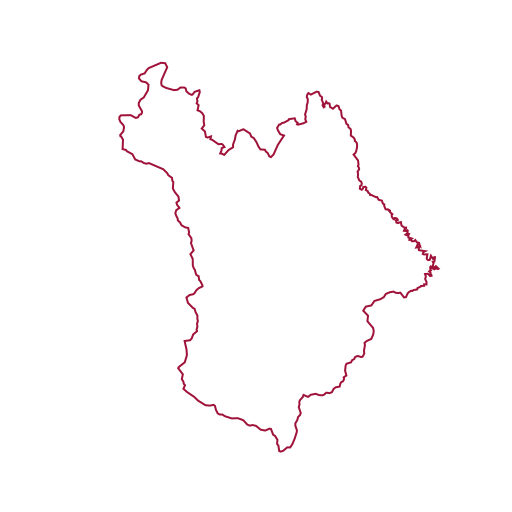 Tosing, Quthing, Lesotho (Albers equal-area conic projection), rotated 20°
{"feature_id": "5366337B57402845150405", "entity_name": "Tosing", "entity_type": "district", "adm_level": 2, "iso_a3": "LSO", "parent_name": "Lesotho", "parent_adm1": "Quthing", "projection": "albers", "projection_center": [28.037, -30.451], "detail": "fine", "context": "isolated", "style": "outline", "palette": "rose", "viewbox_px": 512, "rotation_deg": 20, "n_neighbors": 0, "source": "geoboundaries", "source_scale": "gbopen_adm2", "svg_char_len": 6086}
<svg xmlns="http://www.w3.org/2000/svg" viewBox="0 0 512 512"><g transform="rotate(20 256 256)"><path d="M233.2,405.6L237.7,407.4L246.0,409.5L251.0,411.7L259.5,413.5L264.0,412.3L267.0,410.4L268.6,410.8L271.1,414.4L273.9,417.0L275.8,417.4L278.7,416.5L281.6,417.2L288.9,416.9L294.1,414.7L296.9,414.6L300.3,414.7L305.5,417.4L308.2,417.5L310.7,416.0L314.1,415.6L319.7,417.6L324.3,416.9L327.8,413.6L329.2,413.4L333.3,418.1L335.5,418.6L339.0,421.4L340.1,425.4L341.9,426.5L344.5,431.3L345.8,431.5L348.1,429.8L350.8,425.2L353.6,424.2L354.5,420.4L354.8,414.2L354.5,407.4L354.0,405.7L351.0,402.0L350.2,399.7L350.9,396.2L350.6,392.9L351.8,390.3L351.7,388.2L347.8,383.3L347.7,380.8L346.7,378.5L346.5,376.8L348.2,372.4L348.2,370.3L353.1,370.6L355.0,367.6L359.2,365.1L362.9,365.1L365.8,364.3L367.2,363.3L368.8,360.4L372.1,359.7L374.0,357.8L374.3,354.5L375.7,352.2L379.3,350.1L378.9,346.9L379.4,345.2L380.6,344.0L380.9,341.7L379.9,340.0L381.8,337.4L378.9,333.2L377.7,328.2L377.9,326.3L381.7,323.4L381.9,321.1L383.5,319.3L383.7,317.1L384.8,315.9L386.0,315.1L389.2,315.0L390.5,314.3L390.8,313.0L391.1,310.7L389.8,307.9L388.9,302.6L387.7,300.5L389.3,297.8L392.7,294.5L393.0,289.8L392.3,286.3L390.6,283.5L383.0,279.2L381.7,273.8L375.5,270.7L376.5,266.0L381.3,263.0L382.7,257.7L387.7,254.0L390.2,250.9L391.0,247.2L394.3,244.2L397.5,242.4L399.7,242.8L402.3,242.2L404.2,241.1L409.3,244.3L411.0,243.4L411.3,239.1L412.4,237.1L413.7,235.6L414.9,235.4L415.7,234.1L418.9,232.3L418.7,231.0L421.2,228.4L421.3,227.7L424.2,226.5L423.7,225.1L425.9,224.4L425.2,222.2L422.8,219.7L422.7,217.3L421.0,215.1L423.7,213.9L426.5,215.3L427.7,214.5L427.0,213.5L426.0,213.4L425.7,212.0L424.0,211.2L425.3,209.7L424.3,208.9L423.5,206.8L423.7,206.0L425.1,206.0L425.5,207.2L428.2,207.5L429.4,206.1L431.4,206.0L431.9,205.5L428.5,204.0L427.4,205.9L426.3,206.2L425.4,204.2L425.3,202.0L424.1,200.9L425.5,200.1L424.6,195.9L423.9,196.1L423.7,198.0L423.3,198.2L420.3,195.9L420.6,200.2L419.2,201.0L418.0,200.7L417.2,199.8L416.5,195.8L413.3,197.1L412.0,197.0L411.9,195.1L413.3,193.6L407.1,194.8L406.4,193.5L406.6,191.4L403.7,193.2L403.9,189.9L404.7,189.6L406.5,190.3L404.7,187.9L402.5,188.1L400.2,186.5L399.7,187.9L397.4,188.8L396.1,187.8L394.6,188.4L394.4,187.5L396.0,187.1L396.5,186.3L392.8,186.5L392.0,184.5L392.3,183.0L391.3,183.0L390.3,184.9L389.2,184.8L390.4,182.9L389.9,180.2L389.3,180.0L388.6,181.2L386.4,181.7L386.5,180.2L387.5,178.8L387.3,178.0L385.8,178.6L382.3,177.6L380.6,174.6L378.0,176.6L376.4,176.5L375.5,174.7L375.9,174.0L376.9,173.9L376.6,173.2L375.2,172.5L373.4,172.8L373.0,173.2L373.4,174.3L372.7,174.4L370.3,172.8L369.4,170.9L369.8,170.0L367.2,169.1L366.4,167.5L365.5,167.3L365.2,167.9L363.9,167.0L362.3,167.8L361.6,167.6L359.2,164.9L359.0,163.7L357.2,163.3L355.4,160.9L352.0,161.2L349.7,159.2L348.7,159.7L343.5,159.2L342.3,159.6L341.5,158.5L339.7,158.0L338.8,156.8L336.7,156.5L336.4,154.1L335.1,153.5L333.2,154.5L333.5,155.9L332.7,157.6L330.6,157.3L329.9,154.6L330.9,153.4L330.6,151.6L329.4,150.2L327.3,149.7L324.6,146.9L323.9,144.0L322.6,141.9L323.3,139.3L322.3,137.6L321.0,136.7L321.1,135.1L319.2,131.3L313.0,127.3L314.1,125.4L314.3,123.2L313.7,118.9L312.6,116.2L311.7,115.0L309.4,114.0L309.1,112.8L307.4,111.4L303.9,110.4L302.5,105.9L301.5,104.4L298.8,103.3L297.8,101.4L295.7,100.8L292.9,97.0L289.9,96.5L288.7,95.2L286.1,90.2L284.4,89.6L282.2,86.9L280.2,87.0L277.9,91.3L274.6,90.6L273.0,87.7L272.2,87.5L271.0,88.2L269.2,86.9L269.1,89.1L268.1,90.3L269.4,92.3L268.8,93.1L267.0,91.6L266.9,89.4L264.3,86.7L264.3,85.4L263.4,84.0L261.4,83.5L258.7,80.5L256.7,80.9L252.3,85.6L249.5,85.0L249.0,86.7L249.3,89.2L250.9,90.7L252.1,94.1L252.1,96.6L253.4,100.8L253.7,106.3L255.0,107.8L255.5,110.6L257.4,112.7L255.0,115.2L250.6,118.2L249.5,118.2L249.7,116.7L247.0,115.7L245.4,113.4L244.3,113.9L240.1,116.2L240.1,117.3L236.6,121.2L235.0,122.1L233.8,124.2L232.8,124.5L232.0,128.5L233.7,130.5L237.2,133.3L241.1,133.2L238.5,144.2L237.8,154.5L236.2,158.0L234.4,157.8L232.0,155.4L229.3,154.3L228.1,153.1L223.7,154.3L221.1,152.5L217.3,148.7L213.5,145.9L210.8,145.5L208.4,142.9L200.8,141.2L197.0,144.7L195.9,144.6L195.6,149.7L196.3,153.5L196.3,159.1L197.3,161.6L194.0,165.8L191.5,171.9L189.1,171.5L187.3,171.9L187.5,168.9L186.9,166.3L189.1,164.4L186.6,162.7L185.4,162.5L182.4,163.8L175.1,161.8L173.2,161.9L172.8,159.0L170.1,161.2L168.2,161.2L165.4,156.4L161.4,154.8L162.7,150.9L161.0,147.9L159.1,142.2L156.7,140.2L153.7,139.1L151.2,139.1L150.5,133.9L148.0,132.8L148.1,130.8L146.6,128.1L147.3,126.7L147.1,121.2L146.1,119.6L142.2,122.7L141.1,126.1L140.3,126.6L137.3,126.3L134.2,125.0L132.6,122.6L131.1,122.2L127.3,123.6L125.4,126.6L122.2,128.2L114.0,128.8L110.3,128.4L108.8,127.7L107.7,125.7L107.1,122.9L108.0,109.0L104.8,105.9L100.7,106.9L90.8,116.2L89.7,118.8L88.9,122.5L85.9,124.8L84.8,126.7L85.3,129.2L88.6,131.0L93.3,130.4L96.4,131.8L97.8,137.2L96.3,145.4L94.0,148.7L93.5,152.3L94.4,154.7L99.4,159.0L99.8,160.1L99.7,162.0L98.1,163.1L97.7,166.0L95.8,167.4L90.1,166.5L81.0,170.0L80.1,172.0L80.8,174.3L82.8,176.4L86.6,178.4L87.9,180.0L88.7,184.3L87.0,188.8L87.7,189.9L88.4,189.8L91.2,192.1L94.1,201.2L97.4,200.8L98.8,201.7L105.0,202.6L109.5,206.6L114.2,206.9L115.8,206.3L119.0,207.0L121.6,206.7L123.6,205.3L139.2,206.2L144.2,208.5L146.0,210.1L150.3,211.3L151.6,213.8L153.0,214.8L154.8,221.0L157.8,223.7L162.8,226.7L164.7,230.2L163.0,233.0L164.2,234.8L167.6,237.0L165.4,240.2L165.5,243.2L167.0,245.2L169.5,247.5L170.4,249.3L173.1,250.4L175.5,252.6L179.8,253.3L182.7,252.8L185.1,256.8L185.1,258.5L189.2,261.4L190.4,264.0L190.4,266.0L195.5,272.1L193.7,276.7L197.5,280.3L199.9,286.6L201.9,289.0L203.2,289.8L205.6,293.3L206.7,294.3L209.0,294.6L210.7,297.9L212.5,298.8L215.9,302.1L216.1,302.9L213.2,305.8L211.6,308.7L210.9,312.1L210.1,313.4L207.0,315.3L204.8,318.8L208.1,323.3L214.3,326.3L216.4,326.7L218.4,329.4L221.3,332.0L222.4,335.1L223.7,337.2L223.7,339.7L225.1,342.4L225.3,345.4L226.3,346.8L223.8,351.2L223.8,355.3L222.9,357.7L218.0,360.3L222.6,367.5L224.8,372.3L225.1,374.2L225.4,380.3L221.4,386.8L221.2,388.0L227.7,392.2L228.4,397.0L230.9,399.1L231.8,400.8L233.5,401.7L233.2,405.6Z" fill="none" stroke="#9f1239" stroke-width="2"/></g></svg>